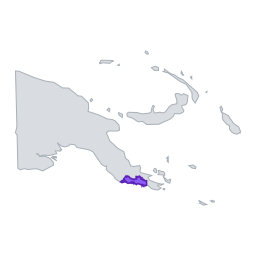 Abau District, Central, Papua New Guinea (highlighted)
{"feature_id": "67681753B18865341537387", "entity_name": "Abau District", "entity_type": "district", "adm_level": 2, "iso_a3": "PNG", "parent_name": "Papua New Guinea", "parent_adm1": "Central", "projection": "albers", "projection_center": [148.82, -10.068], "detail": "fine", "context": "in_parent", "style": "filled", "palette": "violet", "viewbox_px": 256, "rotation_deg": 0, "n_neighbors": 0, "source": "geoboundaries", "source_scale": "gbopen_adm2", "svg_char_len": 7522}
<svg xmlns="http://www.w3.org/2000/svg" viewBox="0 0 256 256"><path d="M17.9,168.3L17.1,135.1L15.4,132.7L16.9,126.8L15.5,71.0L18.8,71.2L34.4,77.6L44.9,81.0L54.0,82.4L62.5,87.9L68.7,88.1L78.0,95.8L81.7,96.3L88.3,102.8L88.7,108.1L88.0,111.4L97.9,114.6L107.4,119.0L112.5,119.5L115.4,121.1L118.9,124.9L119.6,130.1L117.5,131.0L108.7,131.0L106.3,132.7L109.8,140.9L117.8,148.3L123.8,151.7L125.6,158.4L128.6,160.5L130.6,165.9L133.7,166.5L139.7,165.6L140.7,167.8L139.8,171.2L140.7,172.6L151.7,175.5L148.0,177.2L149.7,180.3L156.9,183.0L161.4,184.1L164.1,183.8L160.9,185.3L158.1,184.8L157.6,185.3L158.7,186.6L161.1,188.0L158.6,189.7L156.2,190.0L151.8,188.8L147.9,185.4L135.8,184.0L131.7,182.5L128.4,183.0L118.6,181.2L115.4,178.9L113.2,175.3L107.4,171.0L106.1,168.9L106.6,166.1L105.0,166.5L101.7,164.5L92.7,151.5L88.1,149.6L76.9,147.5L75.2,145.0L69.9,144.1L68.8,145.8L64.5,147.0L60.9,145.8L57.2,142.6L61.6,149.8L60.1,149.8L60.8,150.9L60.0,151.1L55.3,150.8L56.8,153.7L49.1,155.5L43.3,155.1L40.6,155.9L39.5,155.8L37.9,153.6L35.9,154.1L37.6,154.1L39.9,156.6L44.7,156.1L49.4,158.0L53.4,162.2L53.3,165.2L42.7,170.9L36.5,168.7L27.5,169.5L24.3,168.6L20.3,169.8L17.9,168.3ZM179.2,93.7L181.4,95.2L183.7,93.7L188.0,95.7L187.1,102.8L185.7,104.8L182.0,105.5L181.6,106.6L183.9,110.8L182.9,112.3L179.7,113.9L174.5,113.6L173.1,116.5L170.2,119.1L158.8,124.2L146.6,124.5L142.5,121.3L138.3,121.9L132.6,118.2L127.8,116.7L126.9,115.2L127.0,113.4L128.3,112.3L136.8,112.5L142.2,113.9L149.3,113.1L151.2,111.9L152.0,107.3L153.2,105.4L154.4,106.3L152.9,109.9L154.5,113.1L159.6,112.2L162.8,112.9L165.3,112.0L168.9,107.0L171.7,104.8L176.9,103.7L176.8,100.0L175.1,94.9L175.8,93.5L179.2,93.7ZM240.6,131.6L240.0,133.2L239.6,132.7L237.0,134.2L234.1,133.6L231.5,131.9L229.5,129.0L229.5,125.7L226.6,124.2L223.0,119.9L222.3,117.2L222.6,112.7L228.1,115.4L233.5,123.3L238.7,127.0L240.6,131.6ZM198.9,96.0L195.2,103.1L193.0,100.1L192.1,98.1L192.0,92.6L186.2,84.3L180.2,81.5L168.0,72.9L163.2,71.6L164.4,71.2L164.4,69.1L170.4,73.6L174.2,74.7L179.2,78.2L182.6,79.4L197.2,92.3L198.9,96.0ZM101.3,60.2L113.0,60.5L113.2,61.4L111.7,61.5L109.7,63.3L102.8,62.8L99.7,63.7L99.5,62.5L100.6,62.1L100.4,60.9L101.3,60.2ZM159.4,170.4L161.5,171.6L163.2,171.5L164.6,172.9L164.8,175.2L164.0,175.8L163.5,175.0L158.0,174.6L159.1,173.2L158.1,170.6L159.4,170.4ZM158.5,70.4L154.4,70.4L151.4,67.6L155.4,66.3L158.4,67.5L158.5,70.4ZM167.5,180.5L170.1,179.1L170.7,179.6L169.7,183.2L165.7,181.6L163.0,175.9L167.5,180.5ZM188.9,165.6L193.2,165.0L195.3,166.6L196.0,167.1L195.5,168.7L191.9,168.0L188.9,165.6ZM198.6,200.4L206.7,204.5L203.7,205.1L201.1,204.0L200.8,203.0L199.8,203.3L200.3,202.7L198.6,200.4ZM122.2,117.6L118.6,114.6L118.7,112.6L122.6,114.4L122.2,117.6ZM156.7,172.6L155.6,172.7L153.2,170.6L154.7,168.3L156.3,169.1L156.7,172.6ZM221.4,112.5L219.9,107.6L221.3,106.2L222.7,109.3L221.4,112.5ZM109.5,111.7L106.9,109.9L108.8,108.1L109.9,109.0L109.5,111.7ZM148.4,53.9L147.0,54.2L145.1,52.7L145.7,50.9L147.8,52.1L148.4,53.9ZM92.6,100.0L91.1,101.8L90.0,100.4L91.7,98.5L92.6,100.0ZM168.2,156.5L168.3,162.3L167.1,161.2L167.7,158.8L166.5,158.1L168.2,156.5ZM54.3,158.6L56.8,160.9L50.8,157.2L54.3,158.6ZM56.4,158.0L53.1,157.1L52.5,156.3L56.3,156.6L56.4,158.0ZM214.4,201.2L214.2,202.0L212.1,202.1L210.7,201.0L212.0,201.2L211.8,200.4L214.4,201.2ZM191.7,76.3L191.8,79.0L190.3,77.1L191.7,76.3ZM183.6,74.8L183.0,75.5L181.4,73.7L181.7,73.3L183.6,74.8ZM164.8,188.7L164.6,189.9L163.1,189.3L163.3,188.5L164.8,188.7ZM182.3,72.8L181.1,73.1L181.3,71.3L182.3,72.8ZM119.2,64.2L119.4,65.5L117.7,65.2L119.2,64.2ZM207.0,91.4L206.8,92.6L205.9,92.2L207.0,91.4Z" fill="#d9dde1" stroke="#a8b0b8" stroke-width="1"/><path d="M136.4,176.4L136.2,176.4L136.2,176.6L136.0,176.8L136.0,177.2L136.1,177.5L136.2,177.9L136.3,178.0L136.5,178.1L136.5,178.3L136.5,178.5L136.6,178.8L136.2,178.8L135.9,179.1L135.6,179.0L135.2,179.0L134.9,179.2L134.7,179.1L134.4,179.1L134.5,179.3L134.3,179.5L134.0,179.8L133.8,179.7L133.7,179.5L133.7,179.3L133.7,179.2L133.3,179.3L133.2,179.4L132.9,179.3L132.8,179.2L132.7,179.2L132.3,179.1L132.3,178.9L132.2,178.8L131.8,178.8L131.3,178.4L130.9,178.5L130.7,178.5L130.6,178.4L130.4,178.2L129.9,177.9L129.9,177.7L129.6,177.4L129.3,177.5L129.1,177.3L129.2,177.2L129.3,177.0L129.1,176.8L128.7,176.5L128.6,176.4L128.4,176.4L128.1,176.3L127.8,176.0L127.6,176.1L127.5,176.4L127.4,176.4L127.3,176.5L127.1,176.3L127.0,176.5L126.9,176.4L126.8,176.5L126.8,176.3L126.6,176.2L126.4,176.2L126.2,176.3L125.9,176.4L125.8,176.2L123.6,179.0L123.5,180.4L122.1,180.5L120.9,181.6L121.0,181.6L121.2,181.8L121.3,181.9L121.5,182.0L121.3,182.0L121.2,182.2L121.5,182.3L121.6,182.6L121.8,182.6L122.1,182.6L122.2,182.3L122.5,182.1L122.8,182.3L123.0,182.2L123.7,182.2L124.0,182.0L124.5,181.5L124.5,181.4L124.3,181.2L124.2,181.3L124.2,181.2L124.3,181.2L124.5,181.3L124.5,181.2L124.8,180.9L124.9,181.0L124.9,180.8L125.0,180.5L125.0,180.4L125.1,180.5L125.4,180.4L125.6,180.5L125.4,180.5L125.1,181.0L124.8,181.1L124.7,181.2L124.7,181.4L124.6,181.6L124.8,181.7L125.1,181.5L125.3,181.7L125.6,181.9L125.8,181.8L125.8,182.0L126.1,182.2L126.5,182.0L126.9,182.2L127.0,182.8L127.3,182.9L127.5,182.9L127.9,183.3L128.3,183.1L129.0,183.2L129.6,183.1L130.1,182.9L129.9,182.9L130.0,182.9L130.3,182.8L130.2,182.8L130.3,182.7L130.6,183.0L130.7,182.9L130.7,182.7L130.7,182.9L130.8,182.9L131.2,182.8L131.4,182.9L131.5,183.1L131.8,182.9L131.7,182.6L131.9,182.7L132.1,182.6L132.3,182.5L132.1,182.4L132.3,182.4L132.4,182.2L132.3,182.3L132.2,182.1L132.3,182.1L132.2,182.1L132.4,182.2L132.4,181.9L132.2,181.9L132.3,181.8L132.2,181.9L132.5,181.9L132.4,181.9L132.4,182.0L132.8,182.0L132.5,182.1L132.5,182.4L132.9,182.5L133.1,182.5L133.2,182.2L133.4,182.2L133.5,182.2L133.6,182.3L133.8,182.2L133.9,182.3L133.7,182.3L133.4,182.4L133.3,182.6L133.5,182.6L133.4,182.8L133.6,182.8L133.4,182.8L133.5,182.6L133.4,182.6L133.2,182.6L132.9,182.7L132.8,182.9L132.6,183.0L132.9,183.0L133.0,183.1L133.4,183.2L133.1,183.1L132.9,183.1L133.0,183.2L133.0,183.3L132.9,183.3L133.0,183.5L133.4,183.6L133.5,183.6L133.8,183.9L134.2,183.7L134.9,183.7L135.4,183.7L135.8,184.0L136.3,184.5L136.8,184.0L137.3,183.7L137.7,183.7L138.1,183.7L138.3,183.6L138.2,183.7L138.8,183.7L139.2,183.8L139.4,183.9L139.5,184.1L140.0,184.2L140.4,184.4L140.9,184.7L141.0,184.7L141.5,184.9L141.9,184.6L142.1,184.4L142.3,184.5L142.5,184.7L142.8,184.6L142.7,184.7L142.9,184.8L142.9,185.1L143.0,184.9L143.1,185.0L143.4,185.1L143.5,185.3L143.2,185.3L143.1,185.5L143.3,185.4L143.6,185.5L143.5,185.3L143.5,185.2L143.9,185.2L144.1,185.3L144.0,185.5L143.9,185.5L144.1,185.6L144.3,185.7L144.5,185.7L144.3,185.5L144.2,185.6L144.1,185.4L144.3,185.3L144.5,185.4L144.6,185.5L144.8,185.6L145.0,185.4L145.5,185.3L145.8,185.4L146.0,185.4L146.6,185.3L146.6,180.7L144.8,180.7L144.3,180.5L144.2,180.1L143.6,180.1L143.7,179.9L143.7,179.7L143.1,179.7L142.9,179.7L142.7,179.4L142.8,179.2L141.3,179.2L141.5,178.8L141.5,178.7L141.6,178.3L141.6,178.2L141.8,178.2L141.9,177.9L141.5,178.0L141.2,177.9L141.1,177.7L140.6,177.7L140.4,177.7L140.4,177.3L140.4,177.2L140.2,177.4L140.1,177.2L139.8,177.1L139.7,177.0L139.4,176.7L139.1,176.8L138.9,176.6L138.9,176.4L138.8,176.5L138.6,176.4L138.3,176.6L138.2,176.6L137.9,176.7L137.6,177.1L137.4,177.0L136.9,177.0L136.8,176.9L136.6,176.6L136.4,176.5L136.4,176.4ZM132.8,182.7L132.5,182.8L132.6,183.0L132.8,182.9L132.8,182.7ZM133.5,182.3L133.5,182.2L133.3,182.2L133.3,182.3L133.5,182.3ZM132.8,183.0L132.7,183.1L132.8,183.2L133.0,183.1L132.8,183.0ZM142.0,185.8L142.0,186.0L142.1,185.9L142.0,185.8ZM143.5,186.0L143.4,186.0L143.5,186.1L143.5,186.0Z" fill="#8b5cf6" stroke="#5b21b6" stroke-width="1.5"/></svg>